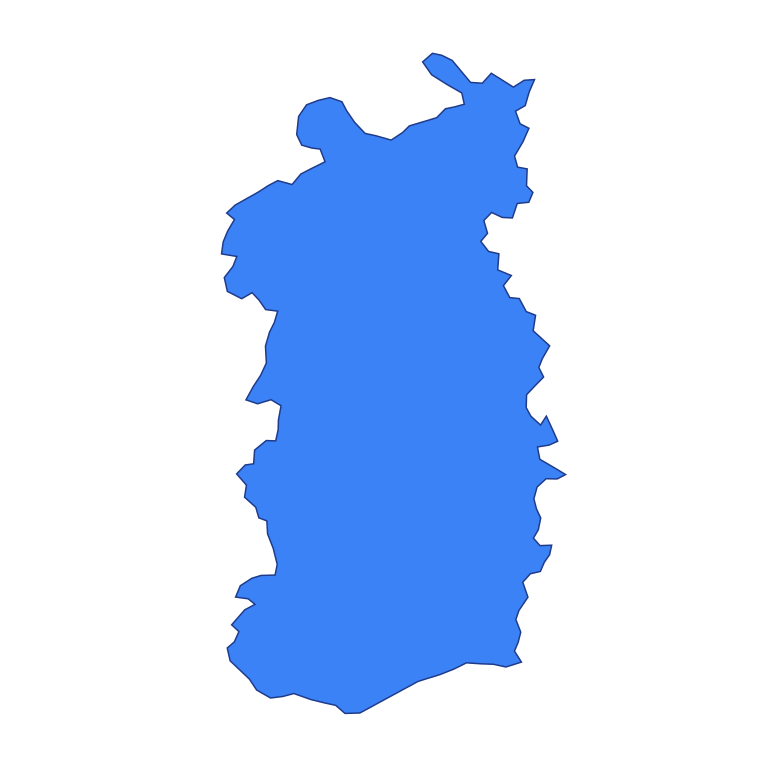 Selbach, Rio Grande do Sul, Brazil, rotated 176°
{"feature_id": "56859067B5172394452496", "entity_name": "Selbach", "entity_type": "district", "adm_level": 2, "iso_a3": "BRA", "parent_name": "Brazil", "parent_adm1": "Rio Grande do Sul", "projection": "mercator", "projection_center": [-52.981, -28.675], "detail": "fine", "context": "isolated", "style": "filled", "palette": "blue", "viewbox_px": 768, "rotation_deg": 176, "n_neighbors": 0, "source": "geoboundaries", "source_scale": "gbopen_adm2", "svg_char_len": 2361}
<svg xmlns="http://www.w3.org/2000/svg" viewBox="0 0 768 768"><g transform="rotate(176 384 384)"><path d="M452.3,599.3L461.8,589.4L475.8,594.3L485.6,590.0L495.9,584.3L507.7,578.7L520.1,572.8L529.0,565.5L521.7,558.5L529.2,547.6L534.5,537.0L537.0,525.1L521.9,521.5L526.5,511.8L535.9,501.3L533.8,487.3L520.0,479.0L509.2,484.3L502.8,476.4L496.9,466.5L485.0,464.1L489.1,453.0L494.6,443.7L499.6,430.1L499.9,413.1L506.5,401.2L514.5,390.7L522.8,377.8L511.5,373.1L497.8,376.2L488.2,369.5L491.8,355.6L492.8,345.7L496.0,334.8L505.4,335.8L517.7,327.1L519.6,313.5L528.1,312.9L537.3,304.6L528.3,292.7L531.0,280.8L520.5,269.9L518.2,259.2L510.4,255.6L510.6,242.6L506.0,227.9L503.1,211.5L506.0,201.0L520.0,201.6L529.5,199.4L541.4,192.8L546.9,181.8L534.5,179.2L528.1,173.2L538.6,168.5L552.8,154.4L546.0,147.1L551.3,137.2L558.8,131.6L556.8,118.6L545.9,106.7L538.8,98.9L532.4,87.6L519.1,78.7L506.9,79.3L495.5,81.5L478.7,74.2L465.5,70.0L454.6,66.8L445.9,58.1L431.0,57.5L370.9,84.9L362.2,87.0L348.5,90.2L334.0,94.8L321.2,100.1L306.7,98.1L294.5,96.8L282.1,93.2L266.3,97.0L272.5,108.4L268.1,117.2L264.9,126.9L268.9,139.8L265.2,148.7L255.3,161.3L259.4,176.6L251.2,184.5L241.1,186.1L236.5,195.0L230.7,202.2L228.0,211.5L239.7,211.9L245.7,219.8L240.2,227.9L237.0,239.4L240.6,248.7L242.5,259.0L238.5,270.5L228.9,278.2L217.9,277.2L209.2,281.0L220.7,289.1L233.8,298.0L235.3,310.5L223.7,311.5L214.7,314.8L219.0,326.7L224.3,340.6L230.7,332.1L239.7,341.6L243.8,350.5L242.5,363.4L233.0,372.1L224.3,379.8L228.4,389.7L224.3,398.2L216.1,410.5L231.5,426.7L228.0,442.0L237.0,446.3L243.1,459.8L252.5,461.4L258.0,473.8L249.4,483.3L262.6,489.9L260.3,505.9L270.4,508.9L277.5,519.5L270.2,527.1L273.0,540.1L264.7,547.6L254.4,541.9L244.3,540.7L238.5,554.8L226.9,555.2L222.1,564.7L228.0,571.8L226.2,588.6L235.6,591.0L237.9,602.3L228.5,615.9L221.6,629.0L230.1,634.1L233.8,647.0L223.7,651.9L218.8,665.2L212.6,677.2L223.0,677.2L234.2,671.1L244.7,678.8L255.3,686.5L264.9,677.2L276.6,678.8L293.4,702.0L303.5,707.9L312.6,710.5L323.0,702.6L314.9,689.1L299.4,677.8L286.1,668.9L284.4,657.5L294.3,655.5L303.5,654.3L312.9,646.0L340.7,639.7L348.0,633.5L359.9,626.8L374.4,632.1L385.4,635.3L395.0,647.0L402.1,659.0L406.3,668.5L418.0,673.5L429.9,671.5L441.8,667.9L450.5,656.9L453.7,638.9L449.4,628.0L439.5,624.4L431.3,622.8L427.3,609.8L440.9,604.2L452.3,599.3Z" fill="#3b82f6" stroke="#1e3a8a" stroke-width="1.5"/></g></svg>